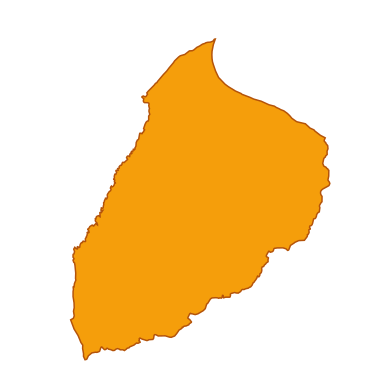 Adi Quala, Debub, Eritrea (Natural Earth projection), rotated 350°
{"feature_id": "51966322B57364805304830", "entity_name": "Adi Quala", "entity_type": "district", "adm_level": 2, "iso_a3": "ERI", "parent_name": "Eritrea", "parent_adm1": "Debub", "projection": "natural_earth1", "projection_center": [38.835, 14.613], "detail": "fine", "context": "isolated", "style": "filled", "palette": "amber", "viewbox_px": 384, "rotation_deg": 350, "n_neighbors": 0, "source": "geoboundaries", "source_scale": "gbopen_adm2", "svg_char_len": 5987}
<svg xmlns="http://www.w3.org/2000/svg" viewBox="0 0 384 384"><g transform="rotate(350 192 192)"><path d="M241.5,45.4L240.6,45.4L238.8,47.1L236.0,47.6L233.5,47.3L231.7,47.4L230.4,47.9L228.0,48.2L224.7,49.6L221.9,50.4L218.3,52.5L216.8,52.9L213.9,52.6L208.8,55.3L204.1,55.8L202.3,56.7L197.7,59.8L196.0,61.6L191.1,65.7L188.1,68.5L184.3,71.3L177.1,77.3L176.6,78.1L174.9,78.7L173.2,80.3L166.4,85.1L164.7,86.6L165.2,87.9L163.2,90.0L162.3,90.1L160.7,89.0L159.5,89.3L159.2,89.6L159.2,90.1L160.7,91.8L160.0,93.4L159.9,94.4L160.2,95.2L160.9,95.8L164.1,96.4L164.9,97.1L165.0,97.8L164.4,99.5L164.6,102.6L163.9,103.8L163.6,105.3L163.9,108.2L162.5,109.7L161.9,113.2L161.1,114.5L160.3,114.4L158.9,115.3L157.5,117.2L155.3,121.3L156.1,122.6L155.1,123.5L154.8,124.3L153.5,124.9L153.2,125.8L152.8,125.9L151.1,125.0L150.6,125.4L148.8,130.3L148.3,131.0L147.2,131.4L145.7,133.5L144.7,137.2L143.4,138.8L143.4,139.7L142.5,140.4L142.2,139.9L141.7,139.7L140.6,141.9L139.5,141.5L138.8,142.6L139.5,143.4L139.1,143.8L138.6,143.5L137.8,143.6L137.3,144.2L137.0,145.7L136.7,146.3L135.4,145.4L134.6,145.5L133.6,146.5L133.5,147.0L134.0,147.9L134.2,148.7L130.3,151.2L129.1,150.7L128.1,151.5L127.8,152.6L127.1,153.4L126.7,153.2L125.8,153.5L125.0,154.1L124.6,154.5L124.6,155.6L124.4,155.9L122.9,156.0L123.2,157.8L122.8,158.0L121.5,157.4L120.9,157.6L120.7,158.1L121.2,159.5L120.0,161.4L119.3,161.0L118.8,161.6L118.2,163.0L118.0,164.8L117.1,165.6L117.1,166.1L117.9,166.4L118.0,167.0L117.3,168.5L117.5,169.0L118.1,169.4L118.1,169.9L117.2,170.2L116.4,171.8L115.6,172.6L114.4,173.1L114.0,173.0L113.7,172.2L113.2,172.5L112.3,174.0L112.7,174.8L112.7,175.4L112.0,176.6L110.6,177.2L108.5,179.4L108.0,180.2L107.9,182.3L106.9,183.9L106.5,184.0L106.1,183.1L105.7,183.1L105.4,183.9L104.4,185.1L103.9,186.5L103.1,187.2L102.9,189.1L102.3,190.3L101.8,192.0L101.3,192.5L100.0,191.9L99.2,193.9L99.2,194.6L101.0,194.6L99.1,196.6L98.1,196.1L97.7,196.3L97.2,200.5L96.7,200.2L96.6,199.3L96.2,199.1L94.4,199.3L93.3,200.1L93.2,200.8L92.9,201.1L92.1,201.6L92.4,202.1L91.9,202.8L91.8,203.7L92.2,204.8L93.0,205.9L93.0,206.5L93.3,207.4L93.2,208.0L92.1,206.7L91.6,206.5L89.3,208.4L88.8,208.3L88.5,207.4L87.7,207.3L85.4,208.3L84.4,209.6L83.0,210.4L82.8,211.0L83.5,211.8L83.6,213.8L83.2,214.1L82.7,213.4L82.2,213.4L81.7,213.7L81.8,214.8L81.4,215.4L81.1,216.6L80.2,217.5L80.1,218.4L79.3,218.9L78.8,219.6L78.7,221.9L78.1,222.3L76.4,221.5L76.0,221.6L75.6,222.4L75.1,222.8L74.5,222.6L73.4,223.4L72.6,224.7L71.8,226.9L71.0,227.1L70.5,226.4L69.8,226.0L69.3,226.4L69.4,228.0L69.1,228.2L67.8,227.5L67.0,226.1L65.6,227.7L66.0,230.2L65.1,232.4L64.2,232.7L64.0,233.1L63.5,235.5L64.2,237.1L63.9,237.7L63.0,238.4L63.3,240.6L64.0,241.5L64.0,244.1L63.4,251.7L62.3,256.9L62.3,258.6L60.3,261.8L59.4,264.8L59.0,264.5L58.6,264.7L58.4,265.4L58.3,267.3L57.6,269.4L56.7,274.4L56.6,280.6L55.9,285.5L54.6,288.8L54.5,293.6L53.2,295.8L50.3,296.8L52.1,306.5L54.9,313.6L56.5,321.0L57.8,323.8L57.1,327.1L57.1,332.4L56.6,335.0L57.5,338.6L58.5,338.6L59.5,338.2L61.5,335.3L65.4,333.1L68.9,333.0L70.5,333.4L72.6,333.1L73.5,332.6L74.9,329.9L75.8,328.9L76.3,329.0L78.2,331.8L78.8,332.2L80.0,332.0L80.5,331.4L81.2,331.1L81.9,331.5L82.4,332.2L84.9,333.3L86.5,334.4L87.2,334.5L88.2,334.5L90.0,333.5L91.5,333.3L93.4,334.3L93.8,334.9L96.6,335.4L97.9,336.4L99.8,335.5L101.1,334.6L102.9,334.5L103.8,333.7L108.2,332.7L111.1,331.1L112.5,331.6L114.8,331.0L114.7,329.9L113.9,329.3L114.5,328.2L114.6,327.2L115.4,326.8L117.3,328.2L121.8,330.5L122.8,330.4L123.8,330.0L127.8,330.4L128.7,329.6L129.8,326.5L130.4,326.0L131.7,326.3L133.7,327.9L140.7,329.0L144.6,331.0L146.3,331.5L149.9,330.8L152.3,328.8L155.3,325.7L157.7,324.8L158.7,324.1L159.0,323.5L159.5,323.7L160.9,322.8L162.9,322.9L165.8,322.2L166.5,321.3L168.7,320.3L168.9,319.8L167.6,317.2L166.1,315.7L166.1,315.0L168.7,311.4L169.4,311.2L169.9,311.8L170.4,311.7L173.8,313.3L176.7,313.0L182.5,310.8L184.8,309.2L187.0,304.9L188.1,304.4L191.6,300.5L193.4,299.8L197.0,300.2L198.6,300.6L199.9,301.3L201.1,301.1L202.6,301.6L203.1,301.3L204.1,299.1L204.7,299.3L204.8,299.9L204.6,301.2L204.8,301.7L206.8,301.4L210.8,302.1L211.2,302.0L211.9,300.7L212.0,299.3L213.0,298.7L216.6,298.4L217.9,299.1L220.0,299.6L222.5,298.5L224.1,296.9L224.8,296.7L226.2,297.1L228.1,296.6L230.7,296.5L232.1,295.8L233.2,295.7L234.9,294.3L236.3,292.2L237.7,291.4L238.7,290.2L239.3,289.8L240.9,288.0L241.7,286.5L242.1,286.2L242.8,287.1L243.2,287.1L243.7,286.6L244.2,286.0L244.8,284.2L246.0,283.6L246.6,282.7L247.2,281.0L247.3,279.3L248.1,278.0L249.6,277.8L250.6,276.5L252.1,275.6L253.0,274.7L254.8,273.9L255.1,271.9L255.8,270.2L255.5,269.7L254.2,268.7L254.0,268.1L254.4,267.1L257.2,263.7L257.9,263.9L258.6,264.9L260.5,264.8L261.8,264.1L262.9,262.0L263.4,261.8L266.4,261.9L271.9,262.8L274.7,264.3L276.0,266.1L276.6,266.1L277.3,265.7L279.7,261.7L283.9,259.9L284.4,259.5L288.7,258.4L294.3,259.1L297.3,256.3L298.1,255.2L298.2,254.1L299.2,253.7L299.6,253.2L300.3,252.1L300.5,249.6L301.1,249.2L301.8,249.2L302.1,248.5L301.6,247.1L302.2,245.9L303.5,245.8L304.5,245.1L305.3,243.8L307.1,239.6L308.7,239.5L309.5,238.8L310.4,237.3L310.8,235.9L312.5,234.2L313.9,233.7L315.2,229.6L315.0,228.6L315.3,227.2L317.4,224.8L318.3,224.2L319.3,218.9L318.4,216.8L318.4,215.3L318.8,213.8L319.9,212.6L321.5,211.7L327.7,209.6L328.2,209.2L329.2,207.6L329.0,206.2L328.0,204.0L328.0,203.6L329.4,200.1L330.5,194.4L329.9,193.7L329.7,192.8L329.0,192.3L328.2,190.8L326.5,189.6L326.2,188.9L325.7,186.6L327.6,181.9L328.6,181.1L329.4,180.7L330.0,179.6L331.6,178.6L332.1,175.2L333.4,173.1L333.7,170.0L332.3,167.4L332.3,166.7L331.1,165.0L331.2,163.9L332.6,161.8L328.3,158.5L323.6,153.3L322.9,152.0L319.3,149.5L315.5,144.5L307.6,141.1L306.8,140.5L303.1,136.7L301.6,134.0L299.6,131.2L296.5,128.0L293.7,126.3L292.1,125.0L289.6,123.3L288.1,121.8L283.0,119.5L275.9,114.6L268.9,111.2L265.6,108.9L258.2,104.5L257.4,103.5L252.3,100.1L246.0,94.5L243.2,91.5L238.1,83.9L237.8,82.9L236.2,77.0L235.2,70.7L234.8,67.4L234.9,64.2L235.4,60.3L236.2,56.8L238.6,50.6L241.5,45.4Z" fill="#f59e0b" stroke="#b45309" stroke-width="1.5"/></g></svg>